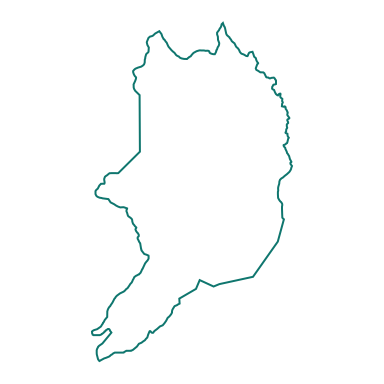 outline of Corredores, Puntarenas, Costa Rica
{"feature_id": "36466004B38265631296352", "entity_name": "Corredores", "entity_type": "district", "adm_level": 2, "iso_a3": "CRI", "parent_name": "Costa Rica", "parent_adm1": "Puntarenas", "projection": "orthographic", "projection_center": [-82.937, 8.537], "detail": "fine", "context": "isolated", "style": "outline", "palette": "teal", "viewbox_px": 384, "rotation_deg": 0, "n_neighbors": 0, "source": "geoboundaries", "source_scale": "gbopen_adm2", "svg_char_len": 5888}
<svg xmlns="http://www.w3.org/2000/svg" viewBox="0 0 384 384"><path d="M159.3,31.2L155.2,33.5L153.0,35.6L152.0,36.1L150.0,36.6L148.5,37.9L148.2,38.6L146.9,41.8L146.8,42.5L147.4,45.0L148.8,47.5L148.5,51.7L148.2,52.3L146.5,53.8L146.1,54.4L145.3,57.2L145.2,58.5L144.8,59.6L144.7,62.5L144.1,64.3L143.2,65.3L141.3,66.6L138.0,67.6L135.4,68.7L134.2,69.7L133.1,71.1L133.2,72.4L133.9,74.4L134.8,76.0L136.0,77.3L136.1,77.7L135.9,78.9L135.2,80.9L133.6,84.4L133.7,87.6L134.1,88.9L135.2,90.8L139.6,95.1L139.9,151.7L118.3,173.1L117.3,173.2L114.0,173.1L109.7,173.2L109.0,173.6L107.0,175.3L105.6,176.2L104.9,176.9L104.2,178.9L104.2,179.9L104.6,182.2L104.6,183.0L104.3,183.7L101.0,183.8L99.3,185.6L97.8,188.6L96.3,189.9L95.5,191.1L95.5,193.7L95.6,194.4L96.5,196.0L97.5,196.8L99.6,197.7L101.6,198.0L102.4,198.3L108.4,199.1L110.6,202.4L114.1,204.2L116.3,205.7L118.3,206.7L120.3,207.4L123.3,207.2L124.3,207.4L127.1,208.4L127.1,208.8L126.5,210.0L126.5,211.5L127.0,212.5L127.9,215.6L128.4,216.3L130.5,217.8L131.7,218.9L132.2,220.1L132.3,221.5L133.0,223.7L134.3,225.2L134.9,226.1L136.3,227.5L136.2,228.0L135.6,228.9L135.5,229.6L136.2,231.2L137.3,232.7L138.0,233.3L138.8,235.0L138.7,236.2L137.7,237.3L137.6,238.0L137.7,238.8L138.8,240.9L138.9,241.4L140.2,243.4L141.1,249.0L141.3,249.2L141.5,250.4L143.1,252.5L144.3,254.0L146.5,254.7L148.5,255.6L148.6,256.2L148.6,258.4L148.4,259.0L147.3,260.8L146.8,261.2L145.1,263.4L142.5,269.0L142.2,269.2L141.2,271.5L140.4,273.0L139.4,273.8L139.2,274.3L138.5,274.5L137.3,275.2L136.0,275.8L134.3,277.1L133.5,278.9L132.9,279.8L132.4,281.1L131.7,282.5L130.2,284.1L129.5,285.3L127.5,288.2L126.3,289.0L124.9,290.6L123.7,291.6L120.0,293.4L116.9,295.7L115.7,297.0L115.0,298.2L114.5,298.6L112.4,302.7L110.8,305.0L110.1,306.3L109.8,306.4L108.9,307.5L107.9,309.4L107.3,311.4L107.2,317.0L104.8,319.9L103.7,322.1L103.0,322.8L102.9,323.5L102.0,324.6L101.5,325.6L100.7,326.7L97.1,329.2L94.1,330.1L92.8,330.8L92.0,331.5L92.1,333.3L92.5,333.9L92.6,334.6L93.4,335.1L99.8,335.1L101.1,334.6L101.7,334.2L101.8,333.9L102.4,333.7L104.1,332.3L104.4,331.7L104.7,331.7L104.9,331.4L105.4,331.0L105.5,330.7L105.8,330.6L106.1,330.1L106.4,330.0L107.9,329.0L108.9,329.0L109.6,329.6L110.3,331.2L110.8,331.7L111.4,332.6L102.4,343.5L99.1,345.8L98.1,346.8L98.1,347.1L97.6,347.9L97.1,348.9L96.7,350.2L96.7,353.0L96.8,354.4L98.0,359.1L98.2,359.3L98.6,360.1L99.4,361.0L104.2,358.4L105.8,357.9L108.8,356.7L109.8,356.1L110.0,355.8L111.4,354.7L112.1,354.4L113.2,353.4L114.8,352.6L123.4,352.6L123.8,352.5L124.3,351.9L125.4,351.4L126.3,350.8L130.5,350.8L130.6,350.7L131.4,350.7L131.5,350.5L132.9,349.9L136.9,346.6L138.9,343.8L141.5,342.7L143.3,341.3L144.7,340.4L145.2,339.9L145.8,339.0L147.3,337.5L148.1,334.8L149.5,331.4L149.9,331.1L150.4,331.2L151.5,332.5L152.2,332.8L153.0,332.8L153.3,332.6L153.9,331.6L154.8,330.7L157.1,329.0L160.0,326.4L162.7,325.3L164.4,323.3L166.1,320.9L167.7,317.8L169.3,316.5L171.1,314.3L172.0,312.6L172.0,311.3L172.3,310.0L173.2,308.3L173.4,308.1L174.4,306.4L174.7,306.1L177.1,305.1L177.5,304.7L179.6,303.6L179.3,298.6L196.0,288.9L199.7,280.1L213.6,286.5L219.4,284.1L253.0,276.8L277.8,241.6L283.9,219.3L282.6,218.1L282.3,217.5L282.0,208.9L282.0,206.7L282.3,204.9L282.1,203.6L281.2,202.2L280.1,201.2L279.1,199.8L278.1,197.9L277.9,194.2L277.9,191.9L278.2,190.8L278.1,188.0L278.4,186.4L279.2,183.8L279.4,181.5L280.0,179.8L281.4,178.4L282.8,177.6L284.7,175.9L286.9,174.2L289.3,172.0L290.4,170.4L291.1,168.9L291.2,168.1L292.0,166.0L290.5,164.0L290.4,163.5L290.5,162.7L291.2,162.3L291.4,161.9L289.9,159.0L289.1,156.0L288.4,155.0L288.1,154.3L287.1,153.1L286.7,151.6L285.4,148.9L285.2,147.8L284.2,146.8L283.6,145.7L283.7,145.0L284.9,144.6L285.7,144.1L286.3,143.4L287.0,143.1L287.3,142.4L288.2,138.7L288.8,137.8L288.4,137.2L288.0,136.7L287.6,135.8L287.4,133.7L286.0,133.2L285.6,132.9L285.5,132.6L285.7,132.0L286.1,131.5L286.2,129.8L286.7,128.5L287.1,128.1L287.2,127.8L286.8,126.2L286.8,124.6L287.2,123.9L288.1,123.1L288.1,122.2L287.3,120.4L287.3,119.9L287.6,119.4L289.0,118.6L289.3,118.3L289.3,117.8L287.4,115.2L287.3,114.2L287.6,113.3L287.7,112.4L287.6,112.1L287.3,111.9L287.1,111.1L286.6,110.1L285.6,108.7L285.6,107.2L284.8,106.4L284.4,106.4L284.2,106.8L283.9,106.8L281.9,106.3L282.1,103.8L282.7,102.7L282.8,102.3L282.1,101.0L282.3,99.6L282.3,98.8L280.8,97.7L280.3,96.9L280.3,95.3L280.5,94.5L280.5,93.9L280.4,93.7L279.7,93.7L278.9,94.1L278.0,95.4L277.3,95.2L275.9,94.0L274.8,91.9L274.1,90.0L272.9,89.4L272.1,88.7L272.2,86.9L272.6,86.3L273.3,84.9L273.5,84.7L275.1,84.4L276.0,84.0L276.0,80.6L275.8,80.1L275.6,80.0L275.2,79.3L275.0,79.1L274.8,78.5L273.8,77.6L271.3,77.9L270.4,78.3L269.4,78.3L268.4,77.6L266.7,77.4L266.2,77.1L266.1,76.7L265.7,76.1L264.3,73.2L263.3,72.4L260.3,72.3L258.1,70.8L256.4,69.9L255.8,68.6L255.8,68.2L257.3,64.1L258.1,63.5L258.1,63.0L257.2,61.9L256.8,61.2L256.2,59.8L255.9,58.3L255.4,57.7L254.5,57.1L254.0,56.2L253.5,54.5L252.5,51.8L250.0,52.3L249.2,52.7L248.6,53.6L247.9,55.4L247.5,56.1L246.3,56.0L243.6,54.4L242.0,53.9L241.1,53.4L239.8,51.8L239.3,50.4L238.1,48.5L236.3,46.9L235.4,45.3L235.3,44.9L234.4,43.2L233.6,42.7L233.0,42.1L232.7,42.0L231.7,41.0L231.0,39.6L229.7,38.0L229.5,37.4L227.2,35.4L226.6,34.6L226.2,33.6L225.0,28.0L224.4,26.5L223.9,25.9L222.9,23.0L221.6,24.3L221.4,25.6L220.7,27.4L219.7,28.6L219.1,30.0L217.1,32.6L217.1,34.4L217.9,36.7L218.0,39.8L219.2,43.0L219.2,43.9L218.8,45.6L217.7,47.3L216.9,49.7L216.3,50.3L216.3,51.0L215.9,52.2L214.8,54.2L213.6,54.2L212.3,54.0L210.4,53.3L209.6,52.6L209.2,51.3L208.5,50.9L207.9,50.7L205.5,50.8L204.2,50.5L199.4,50.4L196.6,51.2L193.7,52.8L192.6,53.8L192.4,54.2L191.6,55.0L190.7,56.3L189.1,57.1L188.6,57.7L187.9,58.1L187.0,59.0L186.8,59.0L183.9,58.9L181.5,58.4L179.8,57.6L178.8,56.5L177.3,55.9L176.1,55.0L174.4,52.7L173.3,51.9L171.6,50.3L168.6,46.8L168.0,45.7L166.6,42.5L165.6,41.5L164.9,40.2L164.1,39.4L163.8,39.3L163.8,39.1L163.6,39.0L162.3,36.6L161.5,34.1L159.3,31.2Z" fill="none" stroke="#0f766e" stroke-width="2"/></svg>